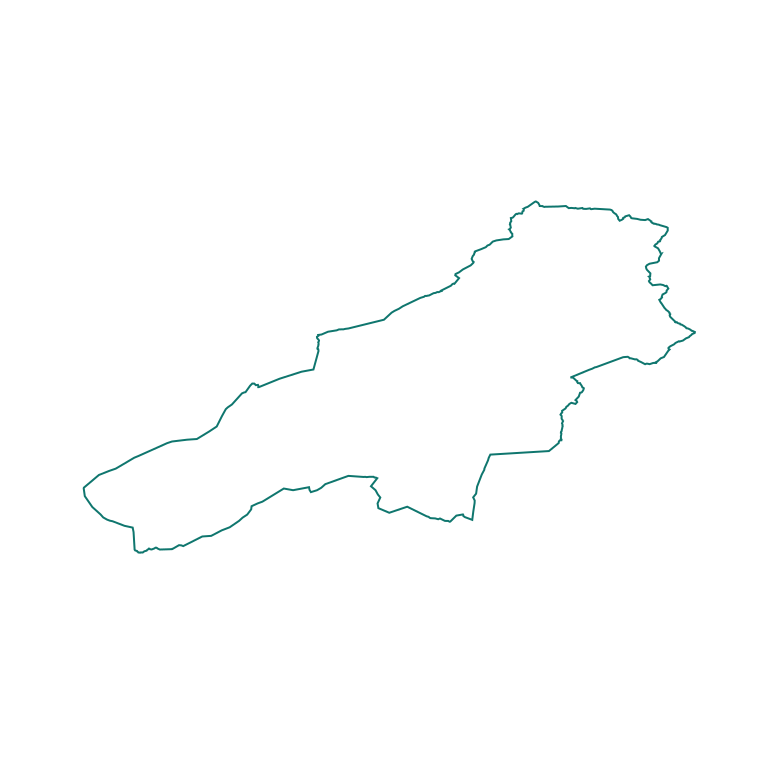 Bjerkreim nor, Rogaland, Norway, rotated 169°
{"feature_id": "86288312B57729087865321", "entity_name": "Bjerkreim nor", "entity_type": "district", "adm_level": 2, "iso_a3": "NOR", "parent_name": "Norway", "parent_adm1": "Rogaland", "projection": "natural_earth1", "projection_center": [6.133, 58.655], "detail": "fine", "context": "isolated", "style": "outline", "palette": "teal", "viewbox_px": 768, "rotation_deg": 169, "n_neighbors": 0, "source": "geoboundaries", "source_scale": "gbopen_adm2", "svg_char_len": 6053}
<svg xmlns="http://www.w3.org/2000/svg" viewBox="0 0 768 768"><g transform="rotate(169 384 384)"><path d="M127.4,511.3L128.9,512.1L143.8,515.9L147.3,516.1L147.7,516.3L148.3,517.1L152.2,517.3L155.1,518.0L155.6,518.9L160.3,519.1L162.7,520.3L163.2,520.1L166.5,521.1L169.1,521.4L171.5,524.0L179.2,525.0L191.8,527.2L192.7,527.2L193.9,527.8L194.4,528.4L197.2,529.0L197.3,530.1L198.1,532.4L200.1,534.2L201.3,534.0L209.1,530.5L211.6,530.1L213.6,529.4L213.3,529.1L213.9,527.4L215.1,527.0L215.8,525.2L216.2,524.9L219.1,525.8L220.8,525.4L221.1,525.7L221.8,525.7L222.6,525.3L225.2,523.2L226.1,522.7L227.8,522.7L228.0,519.5L229.3,518.3L229.6,517.7L229.5,517.0L230.0,516.5L229.7,515.4L229.7,513.3L230.5,512.6L230.8,512.1L231.7,511.9L231.1,511.0L230.6,509.2L230.4,508.9L230.5,508.6L229.4,506.9L229.7,505.8L229.8,504.4L233.9,502.5L239.3,503.2L246.3,503.5L249.6,503.1L250.1,503.0L253.7,500.6L256.0,500.2L257.9,498.9L263.1,497.8L269.3,496.8L269.8,496.3L269.7,495.8L270.5,495.0L270.9,493.9L272.5,492.6L274.1,490.1L273.4,487.4L272.7,486.6L273.3,485.8L276.3,483.9L284.7,481.4L289.0,479.3L292.8,478.3L293.3,477.1L290.1,473.6L295.8,468.9L296.5,469.3L297.8,469.0L299.6,467.7L310.0,464.8L309.8,464.3L311.0,464.2L312.7,463.7L314.2,464.1L316.0,463.6L318.0,463.7L322.9,462.3L324.2,462.4L325.2,462.3L326.9,462.6L328.1,462.0L331.9,461.6L350.8,456.7L355.0,455.0L359.7,453.8L362.9,452.6L371.8,447.1L408.3,445.3L411.5,445.5L413.5,445.4L417.7,446.2L420.2,445.7L429.0,446.0L435.9,444.5L439.2,444.7L439.1,443.9L440.8,443.1L440.9,442.7L440.8,441.5L439.9,440.2L439.5,439.1L439.8,438.4L440.6,437.5L440.4,437.1L440.7,435.3L441.1,434.8L441.1,434.2L442.4,432.1L442.2,431.6L442.6,431.2L442.5,430.9L441.9,430.5L442.0,428.9L450.5,411.7L462.6,411.8L485.5,409.1L507.5,404.8L508.0,404.9L507.7,406.2L507.9,407.2L510.0,407.3L510.6,408.1L510.8,408.6L511.5,409.3L512.5,409.3L513.2,409.6L515.7,407.9L521.5,402.4L522.9,402.4L525.2,401.9L537.2,392.9L541.8,390.9L544.1,389.5L549.2,383.4L556.3,374.2L564.5,370.8L578.2,365.7L587.9,366.9L603.1,368.0L608.3,367.3L638.7,360.2L643.2,359.3L663.5,352.1L670.5,351.1L681.2,349.1L698.4,339.5L698.7,338.8L699.1,331.0L693.8,318.9L687.1,310.0L685.1,306.6L681.7,303.7L679.1,302.1L676.7,301.1L665.8,294.3L658.1,291.0L658.1,286.4L660.4,269.0L660.0,268.1L658.3,267.2L658.2,266.7L657.6,266.2L657.3,265.5L656.2,265.1L655.5,265.2L655.2,264.9L653.7,264.9L653.0,264.6L651.2,265.5L648.8,265.7L648.0,266.4L646.8,266.8L646.2,267.3L645.7,267.1L645.1,266.4L643.6,265.9L640.8,266.4L639.6,266.9L639.0,266.9L638.1,266.3L637.8,265.8L635.7,264.3L624.1,262.4L623.4,262.6L623.2,262.4L616.0,264.9L613.8,264.3L612.0,263.2L591.5,269.0L582.6,267.9L571.2,271.3L562.8,272.8L552.4,277.3L548.3,279.8L543.2,281.9L538.3,286.3L537.3,289.3L530.8,290.9L525.8,291.7L502.3,300.5L493.5,297.1L477.3,297.0L477.3,294.2L476.4,291.8L470.0,292.5L465.4,294.1L460.7,296.9L436.5,300.6L421.6,296.6L420.3,296.5L418.8,295.9L416.1,295.7L411.9,294.9L411.3,294.1L409.7,293.6L408.6,292.8L416.3,286.1L412.6,281.4L411.1,276.7L409.3,273.3L413.1,268.0L413.2,263.2L403.4,256.6L384.6,259.1L367.4,246.0L365.6,245.1L364.6,243.9L363.8,243.4L359.4,242.3L356.6,240.9L354.7,241.3L350.3,238.0L347.1,237.3L345.9,236.3L345.2,236.3L338.1,241.0L331.4,240.9L331.2,240.3L331.3,239.3L330.0,237.9L323.3,233.8L320.7,241.7L317.8,249.8L317.2,252.3L318.1,255.7L314.5,258.8L312.2,265.5L305.3,276.5L301.9,280.7L301.6,281.8L296.4,289.3L295.3,291.5L293.1,294.4L234.9,286.7L223.8,292.7L223.3,294.2L222.2,295.1L220.6,294.9L220.3,295.7L220.5,296.0L220.9,296.2L220.9,296.4L220.6,297.2L220.3,299.1L219.7,300.4L219.3,301.8L219.7,302.3L219.2,303.5L218.6,303.9L218.1,305.4L217.3,307.0L217.2,307.6L216.6,308.6L216.8,309.2L216.5,310.1L216.8,311.4L215.3,313.4L215.6,313.8L215.6,314.6L216.2,315.8L216.2,316.7L215.8,317.9L215.8,319.1L216.6,320.2L215.7,321.3L214.5,322.0L214.3,323.7L210.6,325.3L209.7,326.2L209.4,326.8L207.6,327.6L205.9,329.0L203.7,329.8L199.8,327.9L197.8,329.4L198.1,330.5L199.1,331.7L195.2,334.5L193.2,338.0L191.8,338.0L191.1,338.4L189.6,339.9L188.7,341.5L188.8,342.1L189.9,342.8L190.3,344.6L191.2,346.7L191.6,347.1L191.5,347.4L193.5,347.9L194.0,349.1L193.7,349.9L194.5,350.5L197.2,354.2L199.7,354.8L179.9,358.8L176.6,359.3L173.9,360.1L172.3,360.1L144.1,364.7L139.5,364.2L138.1,362.9L138.0,362.4L136.7,362.1L132.8,360.2L131.8,360.2L130.5,359.4L130.2,358.4L127.5,356.5L123.9,353.6L122.5,353.9L121.3,353.6L119.5,352.8L115.6,353.3L112.8,352.7L112.3,353.2L112.2,353.5L112.4,353.7L111.1,354.1L107.5,356.4L104.0,357.1L98.8,362.2L97.1,363.4L97.8,364.0L98.0,364.5L97.8,365.3L95.8,366.4L91.7,367.6L90.0,368.7L86.3,369.7L85.9,369.3L82.3,369.6L78.8,371.2L75.7,371.8L74.8,372.6L72.9,373.5L72.1,374.2L69.3,374.8L68.9,375.7L71.1,377.3L71.8,377.5L72.8,378.8L74.3,380.0L75.4,380.7L76.5,381.0L77.0,382.1L78.3,383.5L80.5,385.5L81.7,385.9L82.0,386.8L83.5,387.4L84.7,388.4L84.8,388.8L85.8,388.8L86.4,389.2L86.2,389.7L86.8,390.4L90.2,395.3L90.5,396.7L89.7,397.9L90.3,398.6L90.1,399.6L91.6,401.7L92.8,402.8L93.6,404.4L94.0,404.8L96.4,410.6L96.7,410.9L97.7,414.1L96.3,414.6L94.6,415.9L94.8,416.4L93.5,418.7L90.2,419.7L89.5,420.1L89.2,420.3L88.7,421.8L86.7,423.4L87.7,426.3L87.9,426.5L89.2,426.4L91.1,427.9L93.8,429.0L101.5,429.7L102.9,431.9L103.9,433.1L104.3,434.5L102.7,435.9L102.9,437.4L103.1,437.7L102.8,438.6L103.1,438.9L102.2,439.0L101.4,441.8L104.0,445.8L104.5,447.2L104.5,449.3L103.1,450.5L100.4,451.4L92.5,451.4L90.5,452.6L90.1,455.0L86.8,458.9L87.3,458.8L88.0,461.8L89.1,464.9L92.0,467.4L92.3,467.9L91.0,469.1L88.9,469.9L87.8,471.3L87.3,471.5L86.6,471.3L85.9,471.4L85.5,471.9L85.5,472.6L84.8,473.1L83.8,474.1L83.4,474.7L83.2,475.3L79.7,476.6L76.2,480.5L75.7,483.2L76.7,484.1L83.1,487.4L83.7,487.9L85.9,488.7L86.6,489.3L88.4,489.8L88.6,490.2L89.0,490.2L90.3,491.3L90.6,491.9L90.5,492.3L90.9,492.4L91.0,493.1L93.4,495.5L96.4,495.1L100.9,496.3L104.1,497.8L108.8,499.3L109.6,499.7L110.2,501.4L111.2,502.9L115.2,502.5L115.9,501.7L117.4,501.5L117.7,501.2L117.7,500.5L119.3,499.8L121.5,499.3L122.6,501.4L122.5,503.4L123.1,504.3L123.5,505.7L124.1,506.7L125.0,507.4L126.3,509.0L126.7,510.4L127.2,510.9L127.4,511.3Z" fill="none" stroke="#0f766e" stroke-width="2"/></g></svg>